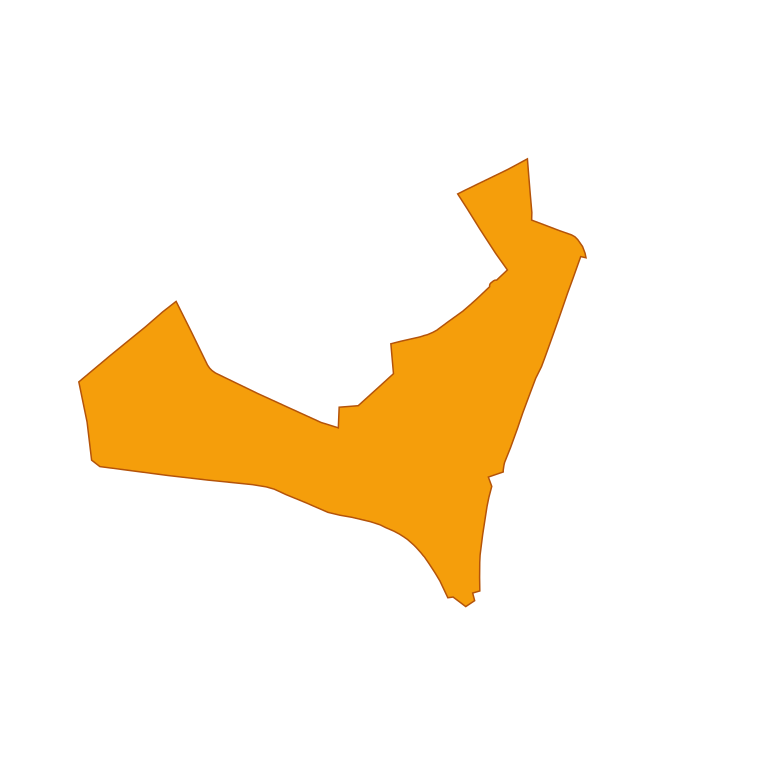 the district of Al Zahir, Al Qahirah, Egypt, rotated 135°
{"feature_id": "37247803B28746183260819", "entity_name": "Al Zahir", "entity_type": "district", "adm_level": 2, "iso_a3": "EGY", "parent_name": "Egypt", "parent_adm1": "Al Qahirah", "projection": "robinson", "projection_center": [31.266, 30.063], "detail": "fine", "context": "isolated", "style": "filled", "palette": "amber", "viewbox_px": 768, "rotation_deg": 135, "n_neighbors": 0, "source": "geoboundaries", "source_scale": "gbopen_adm2", "svg_char_len": 2139}
<svg xmlns="http://www.w3.org/2000/svg" viewBox="0 0 768 768"><g transform="rotate(135 384 384)"><path d="M123.4,441.8L144.8,448.2L176.5,459.2L189.9,463.8L197.5,466.3L201.1,449.7L206.5,426.5L208.8,415.8L212.7,397.4L216.1,377.4L226.0,377.7L230.9,377.8L231.8,378.7L232.0,378.9L233.6,379.5L237.0,379.9L238.2,379.8L239.4,379.2L240.5,378.1L259.1,378.6L267.7,379.1L275.7,379.7L276.3,379.7L277.0,379.8L294.2,382.6L307.0,384.5L308.2,384.6L310.3,385.2L313.0,386.0L318.5,388.2L321.7,390.1L322.6,390.5L323.1,390.7L324.1,391.3L325.0,391.7L325.9,392.3L326.8,392.8L327.7,393.4L341.8,402.3L350.7,407.6L370.0,384.6L383.4,385.2L417.6,386.9L425.8,393.9L432.1,399.3L447.3,385.3L453.5,397.2L454.6,399.2L455.7,401.3L468.3,435.1L480.1,466.8L495.4,510.9L496.1,515.1L496.1,518.4L495.4,522.2L483.5,556.7L472.6,589.4L473.3,589.5L474.0,589.6L489.5,591.5L512.3,593.1L530.8,595.0L557.3,597.7L598.3,601.3L620.9,567.0L644.6,536.9L643.3,526.5L601.5,472.1L576.1,440.1L548.2,405.9L540.0,394.5L536.0,387.3L531.5,375.1L522.8,354.3L520.2,347.6L514.4,332.9L507.9,322.3L501.0,312.5L491.0,296.3L486.3,287.1L484.4,281.4L481.0,272.8L480.4,270.8L480.0,269.5L479.6,268.2L479.2,266.9L478.9,265.5L478.6,264.1L478.3,262.8L478.0,261.4L477.8,260.1L477.5,258.7L477.3,257.3L477.2,255.9L477.0,252.8L476.9,251.0L476.8,249.2L476.8,247.4L476.8,245.7L476.9,243.9L477.0,242.1L477.1,240.4L477.2,238.6L477.4,236.8L477.6,235.1L477.7,233.1L477.8,232.3L478.0,231.6L479.1,225.5L481.3,215.0L481.5,214.2L481.7,213.3L483.7,205.3L490.0,187.7L485.8,184.5L483.6,168.8L473.1,166.7L469.1,173.5L462.6,169.9L453.2,179.6L442.4,190.2L437.0,195.1L420.9,207.6L397.7,224.6L389.8,229.8L380.2,235.4L376.0,244.4L361.9,237.5L361.3,238.1L360.7,238.7L357.1,241.4L355.6,242.4L354.1,243.3L339.6,249.5L320.6,258.4L319.4,259.0L318.2,259.6L306.2,265.5L286.3,274.6L272.6,280.8L271.8,281.1L271.1,281.3L260.4,284.9L251.2,289.1L230.0,299.1L215.9,305.8L206.0,310.6L190.0,318.4L175.6,325.1L154.8,335.0L151.9,330.4L150.8,332.1L149.4,334.2L146.4,340.8L144.9,349.2L144.9,351.1L144.9,353.0L145.9,356.7L151.5,368.4L163.7,395.5L158.2,400.7L145.1,416.3L134.4,428.9L123.4,441.8Z" fill="#f59e0b" stroke="#b45309" stroke-width="1.5"/></g></svg>